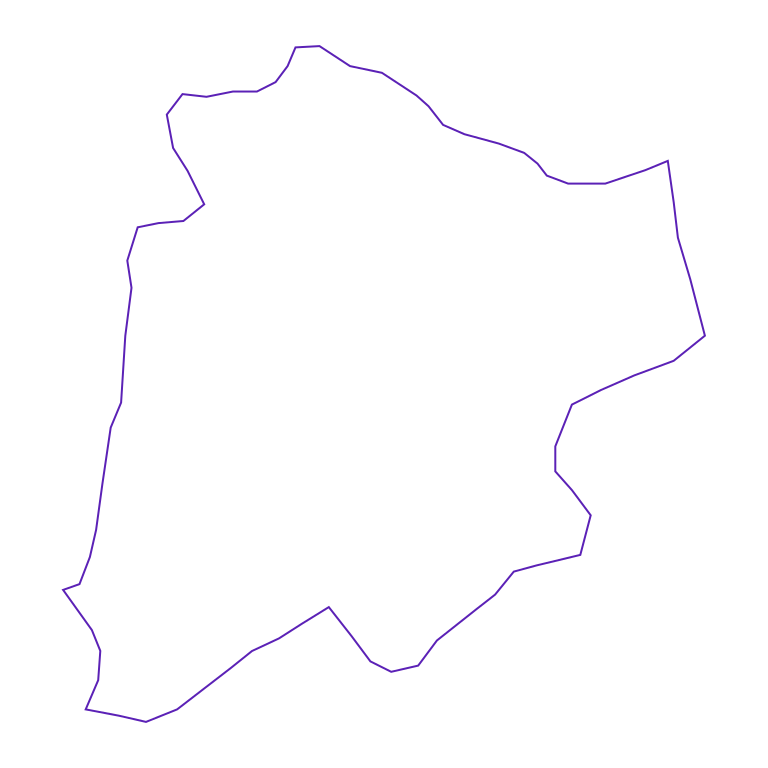 the district of Agkomi Ammochostou, Cyprus
{"feature_id": "46923920B44802407724135", "entity_name": "Agkomi Ammochostou", "entity_type": "district", "adm_level": 2, "iso_a3": "CYP", "parent_name": "Cyprus", "parent_adm1": "", "projection": "orthographic", "projection_center": [33.885, 35.158], "detail": "fine", "context": "isolated", "style": "outline", "palette": "violet", "viewbox_px": 768, "rotation_deg": 0, "n_neighbors": 0, "source": "geoboundaries", "source_scale": "gbopen_adm2", "svg_char_len": 1032}
<svg xmlns="http://www.w3.org/2000/svg" viewBox="0 0 768 768"><path d="M182.5,94.1L166.8,114.6L173.1,148.0L187.6,170.9L204.2,204.3L183.4,221.0L158.5,223.1L137.7,227.3L127.3,260.6L131.5,287.8L125.3,335.8L123.2,369.2L121.1,402.6L110.7,427.6L102.4,483.9L96.1,529.9L89.9,557.0L79.5,584.1L63.1,589.9L91.9,630.1L100.3,650.9L98.2,680.2L85.7,709.4L118.9,715.7L146.0,721.9L177.1,709.4L204.2,688.5L231.2,667.7L252.0,651.0L279.0,638.4L301.8,623.8L328.8,607.1L351.7,636.3L370.4,661.4L391.2,671.8L418.2,665.6L436.9,640.5L476.4,609.2L495.1,594.6L513.8,571.6L536.6,565.4L580.3,554.9L590.7,515.3L572.0,490.2L555.3,471.4L555.3,446.4L571.9,404.6L601.0,390.0L634.3,375.4L673.7,360.8L704.9,335.7L690.3,279.4L677.9,237.7L673.7,202.2L667.8,160.9L645.2,170.2L625.2,176.9L605.3,183.6L568.1,183.6L546.8,175.6L537.5,163.6L524.2,152.9L498.9,143.6L464.4,134.2L443.1,124.9L428.5,106.2L416.5,95.5L381.9,72.8L350.0,66.1L319.5,46.1L295.5,47.4L287.6,66.1L275.6,82.1L257.0,91.5L233.1,91.5L206.5,96.8L182.5,94.1Z" fill="none" stroke="#5b21b6" stroke-width="2"/></svg>